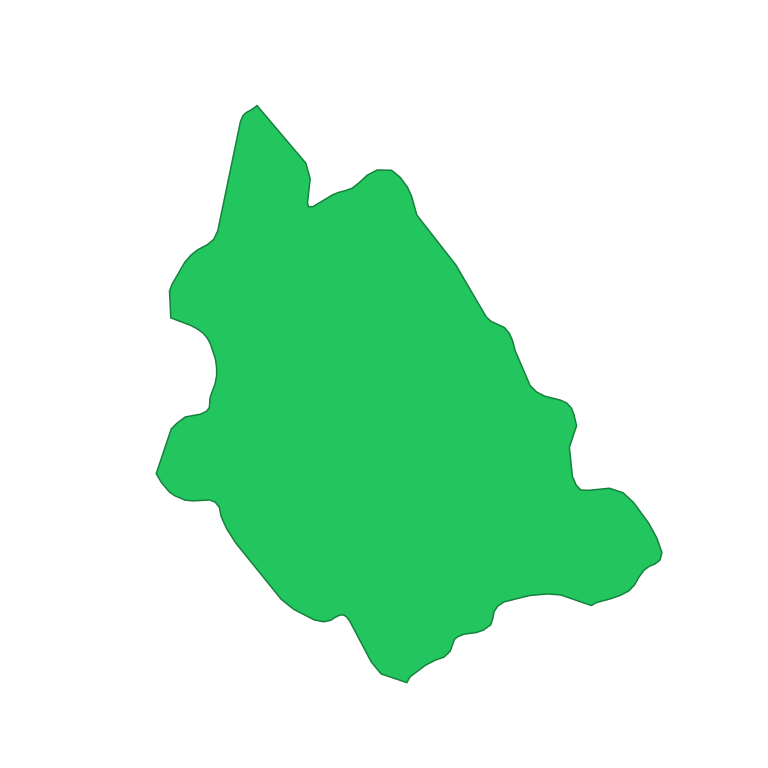 an SVG outline of Guelma, rotated 259°
{"feature_id": "DZA-2218", "entity_name": "Guelma", "entity_type": "Province", "adm_level": 1, "iso_a3": "DZA", "parent_name": "Algeria", "parent_adm1": "", "projection": "orthographic", "projection_center": [7.375, 36.384], "detail": "fine", "context": "isolated", "style": "filled", "palette": "green", "viewbox_px": 768, "rotation_deg": 259, "n_neighbors": 0, "source": "natural_earth", "source_scale": "10m", "svg_char_len": 1740}
<svg xmlns="http://www.w3.org/2000/svg" viewBox="0 0 768 768"><g transform="rotate(259 384 384)"><path d="M127.0,545.2L143.3,517.0L146.7,504.4L148.6,486.6L147.2,460.3L144.4,453.4L139.5,448.6L133.5,446.2L127.3,442.9L123.4,434.4L122.4,427.0L123.2,414.9L121.8,407.9L119.8,404.4L109.0,397.9L104.5,390.9L103.2,382.1L100.2,371.4L92.2,355.0L91.2,353.4L86.5,349.4L100.0,325.8L113.7,318.4L157.2,305.3L162.4,302.9L164.8,300.6L165.6,296.9L164.3,291.5L162.2,286.7L162.1,279.4L165.7,270.5L180.1,252.3L192.3,242.0L256.0,208.2L271.7,202.0L284.8,198.9L294.4,198.8L300.2,195.8L303.4,190.8L305.7,174.3L307.9,166.7L314.3,157.2L318.8,152.8L329.9,146.6L339.5,143.3L380.5,166.6L385.0,173.2L389.6,182.7L389.4,197.9L391.2,204.8L394.3,208.1L403.0,210.4L406.1,211.9L415.8,217.9L424.1,221.3L432.2,222.8L440.6,223.3L457.1,221.1L463.1,219.1L468.5,216.1L473.7,211.2L478.4,205.4L489.6,187.3L516.3,191.2L522.5,195.1L541.4,211.5L547.5,219.3L551.3,226.7L554.6,237.5L558.6,244.6L566.2,250.1L668.7,293.0L673.9,296.4L676.1,299.3L676.9,301.0L678.5,306.2L681.5,312.5L615.7,349.4L599.6,350.7L576.5,343.5L572.5,343.7L571.6,347.9L579.6,369.7L580.7,375.6L581.2,382.9L582.3,390.1L586.0,397.4L592.3,407.6L595.4,418.3L592.3,432.3L583.5,439.5L572.9,444.5L563.2,446.9L543.5,448.5L487.0,477.3L430.2,497.2L424.9,501.2L416.5,512.9L409.9,516.7L402.4,518.4L391.3,519.2L354.4,527.2L346.9,532.4L341.4,539.4L334.5,554.1L330.3,559.9L324.3,563.5L317.8,564.6L306.3,565.1L286.4,553.9L257.6,551.3L248.2,553.3L242.4,556.9L240.6,564.3L238.7,585.3L231.7,597.9L219.8,606.5L196.8,617.3L181.2,622.3L165.6,624.7L158.5,621.3L155.6,615.6L154.5,609.6L151.7,603.8L145.8,597.4L139.1,591.7L134.3,585.1L131.4,575.6L130.0,565.7L128.9,550.9L127.0,545.2Z" fill="#22c55e" stroke="#15803d" stroke-width="1.5"/></g></svg>